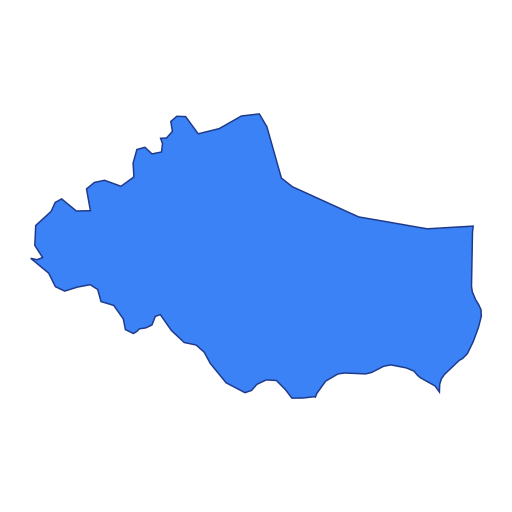 an SVG outline of Dobrich
{"feature_id": "BGR-2259", "entity_name": "Dobrich", "entity_type": "Province", "adm_level": 1, "iso_a3": "BGR", "parent_name": "Bulgaria", "parent_adm1": "", "projection": "mercator", "projection_center": [27.865, 43.673], "detail": "fine", "context": "isolated", "style": "filled", "palette": "blue", "viewbox_px": 512, "rotation_deg": 0, "n_neighbors": 0, "source": "natural_earth", "source_scale": "10m", "svg_char_len": 1326}
<svg xmlns="http://www.w3.org/2000/svg" viewBox="0 0 512 512"><path d="M185.6,116.6L198.2,133.8L219.2,128.6L241.4,116.0L259.3,113.9L266.9,126.8L281.4,178.1L292.3,186.7L358.6,216.9L427.0,228.8L473.2,226.1L472.5,232.3L471.5,286.1L472.3,291.8L475.6,299.6L478.8,304.9L481.0,309.8L481.3,316.3L478.4,327.6L473.2,341.7L467.4,353.6L462.5,358.6L459.3,360.3L444.4,374.5L441.4,378.8L439.7,384.3L439.4,392.0L435.0,385.9L420.6,377.9L417.5,375.3L414.0,371.1L405.9,367.8L390.8,364.9L383.6,366.3L371.5,372.5L365.6,373.9L344.7,373.0L338.0,373.9L325.7,381.1L316.9,393.3L315.4,397.1L314.5,396.7L303.2,398.0L291.9,398.1L285.3,389.5L276.4,380.5L266.3,379.9L256.9,384.3L251.6,390.4L245.0,392.7L226.1,382.8L210.2,363.3L204.3,352.3L196.1,345.0L184.2,342.5L171.4,330.5L160.3,314.6L155.3,316.4L152.0,324.9L145.8,327.9L139.4,328.8L136.8,331.5L133.4,333.5L125.4,329.6L123.3,318.9L113.7,305.4L101.0,301.6L97.7,289.5L90.3,284.7L77.4,287.1L64.7,291.1L55.4,286.7L48.7,273.2L30.7,258.3L37.0,259.7L42.6,257.5L34.8,245.4L35.7,225.5L51.2,211.3L55.2,202.4L61.6,198.9L76.3,211.0L90.4,210.7L86.5,188.9L94.5,182.4L104.6,180.3L121.0,186.3L133.9,176.9L133.1,163.1L136.9,149.5L144.9,147.3L152.0,153.9L161.5,152.0L162.5,143.5L160.6,138.3L166.5,138.0L172.4,131.4L170.8,121.5L176.8,116.3L185.5,116.6L185.6,116.6Z" fill="#3b82f6" stroke="#1e3a8a" stroke-width="1.5"/></svg>